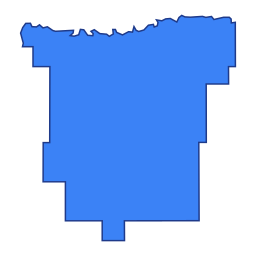 McCone, Montana, United States of America
{"feature_id": "52423323B73042281108203", "entity_name": "McCone", "entity_type": "district", "adm_level": 2, "iso_a3": "USA", "parent_name": "United States of America", "parent_adm1": "Montana", "projection": "equal_earth", "projection_center": [-105.857, 47.595], "detail": "fine", "context": "isolated", "style": "filled", "palette": "blue", "viewbox_px": 256, "rotation_deg": 0, "n_neighbors": 0, "source": "geoboundaries", "source_scale": "gbopen_adm2", "svg_char_len": 1023}
<svg xmlns="http://www.w3.org/2000/svg" viewBox="0 0 256 256"><path d="M80.0,220.8L102.2,220.8L102.2,240.6L124.5,240.6L124.4,220.8L199.1,220.7L198.8,142.4L206.3,142.4L206.2,84.0L228.6,84.0L228.5,66.6L235.4,66.6L235.3,22.3L231.3,22.9L231.1,19.0L229.3,17.3L223.5,17.3L213.9,19.5L211.5,16.5L205.8,17.4L202.5,16.4L190.3,17.2L184.9,16.9L181.7,15.4L179.0,17.5L176.8,22.0L170.3,18.5L165.7,18.9L161.8,20.8L156.5,19.9L158.0,22.4L157.3,25.8L154.2,27.0L153.4,24.4L148.4,25.2L143.9,30.0L138.7,31.5L136.1,30.3L134.0,26.6L132.5,32.1L128.6,31.7L122.5,34.9L116.7,32.4L115.4,29.5L112.8,29.5L113.3,34.0L109.3,36.3L106.6,34.2L99.8,33.6L94.3,29.7L91.0,31.3L93.2,33.6L92.8,35.7L87.7,35.3L83.8,29.8L80.4,29.4L78.7,34.8L74.1,36.2L70.2,35.6L73.1,33.0L73.5,30.3L55.5,31.3L52.8,30.5L47.4,26.8L43.0,27.9L39.5,24.8L36.5,26.9L32.0,26.7L30.4,23.3L25.7,23.4L22.7,27.6L20.6,33.1L23.3,43.2L22.5,46.7L33.0,46.7L33.0,66.6L49.9,66.6L49.7,142.6L43.2,142.6L43.1,181.8L65.4,181.8L65.4,220.8L80.0,220.8Z" fill="#3b82f6" stroke="#1e3a8a" stroke-width="1.5"/></svg>